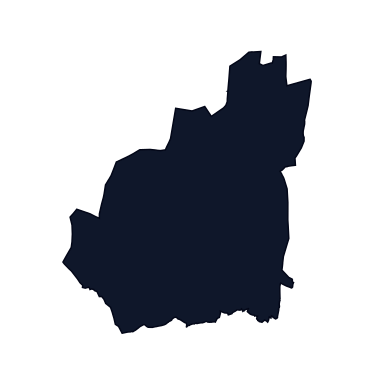 outline of Apeldoorn, Gelderland, Netherlands, rotated 100°
{"feature_id": "6326949B63797534103796", "entity_name": "Apeldoorn", "entity_type": "district", "adm_level": 2, "iso_a3": "NLD", "parent_name": "Netherlands", "parent_adm1": "Gelderland", "projection": "robinson", "projection_center": [5.983, 52.18], "detail": "fine", "context": "isolated", "style": "filled", "palette": "ink", "viewbox_px": 384, "rotation_deg": 100, "n_neighbors": 0, "source": "geoboundaries", "source_scale": "gbopen_adm2", "svg_char_len": 5558}
<svg xmlns="http://www.w3.org/2000/svg" viewBox="0 0 384 384"><g transform="rotate(100 192 192)"><path d="M283.4,306.9L283.8,306.6L284.2,306.1L285.2,305.0L289.1,299.6L290.7,297.1L297.5,289.6L300.8,286.5L302.9,283.4L305.0,283.3L305.2,280.4L303.6,277.0L305.7,275.5L305.5,275.3L305.1,274.3L304.9,274.1L305.0,272.6L305.1,271.9L305.3,271.8L306.0,270.8L306.3,270.0L306.2,269.5L306.5,268.3L311.1,265.1L310.6,262.8L312.8,260.2L316.1,258.0L316.7,257.7L317.0,257.1L316.9,257.1L317.6,256.0L319.7,252.2L324.2,249.7L327.5,248.1L329.9,246.9L335.6,244.5L337.1,241.0L343.2,236.3L341.0,230.8L340.3,227.9L340.2,227.7L339.8,227.4L339.6,227.1L339.6,226.9L339.6,226.5L339.9,226.1L339.7,225.8L339.2,225.3L338.2,224.1L337.9,223.7L335.3,221.3L333.7,220.0L331.2,216.9L331.0,216.5L331.0,216.2L330.9,215.9L331.0,215.1L331.4,214.7L331.8,214.0L332.2,213.4L332.7,212.1L332.8,211.6L332.2,207.6L331.0,204.7L330.6,203.4L330.4,203.0L330.0,202.1L329.6,201.0L328.8,198.8L327.8,196.8L327.8,196.7L327.1,195.6L325.9,194.2L324.7,193.4L324.6,193.2L324.4,192.8L324.0,192.5L323.4,192.1L323.1,191.8L323.1,191.6L322.9,191.2L321.9,190.0L321.8,189.9L321.3,189.7L320.8,189.6L320.6,189.5L320.3,189.3L318.9,188.0L318.5,187.3L318.3,186.8L318.2,186.4L318.1,186.1L318.2,185.8L318.2,185.5L318.4,185.2L319.1,184.2L319.3,183.9L319.5,183.7L319.5,183.3L319.5,183.0L319.6,182.3L319.6,182.0L319.7,181.8L320.0,180.9L321.8,176.7L321.9,176.3L322.0,175.3L322.0,175.1L322.2,174.9L323.9,174.0L324.0,174.1L325.7,174.1L325.8,173.8L325.3,173.6L325.1,173.4L324.9,173.4L324.9,173.2L324.2,172.7L323.9,171.6L323.8,171.4L323.3,171.0L323.1,170.7L322.5,170.0L322.5,169.9L322.5,169.6L322.3,169.2L322.0,169.0L321.8,168.5L321.7,168.3L321.6,168.2L321.6,167.4L321.6,167.0L321.6,166.9L321.1,166.4L320.9,166.2L320.7,165.6L320.4,165.0L320.4,164.9L320.7,164.5L320.7,164.3L320.5,163.8L319.9,162.5L319.7,161.7L319.4,161.0L319.1,160.0L319.1,159.4L318.9,159.0L318.9,158.8L318.8,158.6L318.5,158.2L318.4,157.8L318.0,157.3L318.0,157.2L317.8,156.8L317.4,156.5L316.9,155.5L317.1,154.4L317.3,153.9L317.4,153.7L317.3,153.4L317.2,152.9L317.2,152.0L316.9,151.1L316.8,150.9L316.9,150.6L316.7,150.0L316.6,149.7L316.5,149.4L316.4,149.3L316.3,148.8L316.3,148.5L316.2,148.4L316.0,148.1L315.9,147.7L316.0,147.4L316.0,147.2L315.9,146.9L316.0,146.4L315.5,146.3L312.4,145.3L312.3,145.2L312.1,145.2L311.4,144.2L310.8,143.3L306.7,143.0L306.1,143.0L304.8,143.3L304.4,143.4L305.1,140.4L305.2,139.9L305.4,139.0L305.3,137.8L305.2,136.9L305.1,135.6L304.6,135.4L305.8,135.5L306.3,135.2L306.5,135.0L306.7,134.9L306.5,134.5L304.9,131.6L304.7,131.5L303.8,131.1L303.5,130.9L302.5,129.6L301.9,128.8L300.2,127.1L300.0,124.1L299.9,124.0L298.5,122.9L299.4,122.3L300.6,121.3L300.4,121.2L299.7,120.8L300.1,120.2L299.2,119.8L297.0,116.4L297.0,116.2L300.2,116.7L302.0,113.7L302.3,112.8L302.5,111.8L302.5,111.7L302.6,111.2L302.6,110.9L302.5,109.3L302.6,109.2L303.2,108.8L303.1,108.7L302.7,108.2L303.0,107.6L303.1,106.9L303.1,106.5L303.0,105.9L304.2,106.2L304.9,106.3L305.2,106.4L305.9,106.1L306.0,105.9L306.1,105.5L306.5,104.8L307.1,104.9L307.2,104.4L307.6,103.6L307.9,103.3L308.0,102.6L308.0,101.8L308.1,100.4L307.9,100.3L306.2,98.8L305.8,98.6L305.6,98.5L305.7,98.0L305.5,97.9L306.2,96.1L307.0,94.9L306.4,94.7L305.3,94.4L302.3,94.2L301.7,94.2L302.4,92.4L300.2,92.3L300.6,90.9L301.4,90.5L301.5,90.4L301.4,90.0L301.8,89.4L302.5,87.7L301.7,86.5L301.0,86.3L300.9,86.1L300.5,86.0L300.0,86.2L299.8,86.2L292.8,86.1L292.6,86.2L292.4,86.5L290.5,86.0L289.6,86.0L289.1,86.1L287.9,86.5L286.8,86.7L285.6,86.7L284.9,86.8L284.4,86.7L283.8,86.5L283.6,86.5L283.2,86.6L282.8,86.8L282.4,86.9L282.1,86.9L281.7,86.8L280.5,87.1L275.0,88.2L270.0,89.1L267.0,89.1L266.3,88.9L267.2,86.0L268.2,82.6L268.8,79.1L268.9,78.4L269.2,77.8L269.2,77.6L269.2,77.2L268.3,76.5L267.1,76.5L266.4,76.6L266.0,76.7L265.3,76.6L263.9,76.4L263.5,76.3L263.2,77.5L261.2,77.9L261.3,78.2L260.4,78.3L259.5,81.2L259.5,81.3L259.6,81.5L253.3,89.9L249.4,90.1L246.6,90.3L246.1,90.4L239.6,90.8L225.8,89.2L221.0,88.6L208.8,91.4L202.9,92.8L185.6,95.8L172.4,98.9L163.4,103.5L161.9,104.4L161.0,105.1L160.4,105.6L160.0,106.0L159.2,106.5L158.2,107.2L157.6,107.8L157.2,108.2L156.7,108.5L156.3,108.9L155.9,108.5L155.3,107.7L154.8,107.1L152.7,105.6L151.8,105.1L150.8,104.2L150.6,102.9L149.9,101.8L149.3,100.0L148.8,98.5L147.7,94.8L140.7,96.5L138.4,95.4L129.6,92.0L122.5,90.5L118.8,91.1L116.7,92.4L116.2,92.4L114.8,92.8L114.0,92.9L112.5,93.1L110.0,93.0L108.8,93.0L106.5,92.9L106.0,92.9L105.5,92.9L104.8,93.0L102.9,93.3L101.7,93.7L91.7,93.0L86.8,92.7L77.6,93.2L64.1,93.7L62.2,93.9L60.5,95.3L70.9,117.0L63.7,119.2L61.9,119.7L55.0,120.7L50.2,121.5L47.5,122.0L40.8,123.4L43.5,127.3L44.7,135.3L46.6,135.1L47.2,134.9L47.4,134.9L49.6,135.2L51.0,135.3L51.2,136.4L55.1,144.1L53.9,148.0L48.2,148.3L44.0,148.5L41.7,148.6L43.9,157.6L43.7,157.6L44.5,160.3L53.4,167.6L61.5,176.5L76.8,175.0L77.2,175.0L86.4,174.2L86.6,174.5L86.7,174.1L94.1,173.4L96.6,173.0L97.1,173.0L100.8,173.7L103.7,175.5L114.2,186.1L105.6,194.3L112.2,206.0L112.4,222.6L143.2,222.4L147.0,223.3L152.1,224.8L155.1,225.5L156.4,229.3L156.6,229.9L156.8,230.8L156.8,231.3L157.0,233.3L157.0,234.9L157.4,240.7L159.5,250.8L164.9,257.0L166.7,259.3L167.6,260.4L167.7,260.6L169.4,262.9L175.6,271.7L183.0,273.1L189.9,274.5L193.7,275.9L195.3,276.6L197.0,277.2L199.5,278.2L199.9,278.4L209.0,278.2L212.8,278.3L213.9,278.4L219.5,278.9L229.5,279.4L234.0,278.7L233.0,282.8L231.2,288.6L229.0,302.5L230.7,303.4L234.4,305.5L235.8,306.4L237.9,307.7L245.4,304.4L254.3,302.5L256.0,302.3L262.1,301.5L265.1,301.4L267.6,301.3L276.4,304.5L283.3,306.9L283.4,306.9Z" fill="#0f172a" stroke="#020617" stroke-width="1.5"/></g></svg>